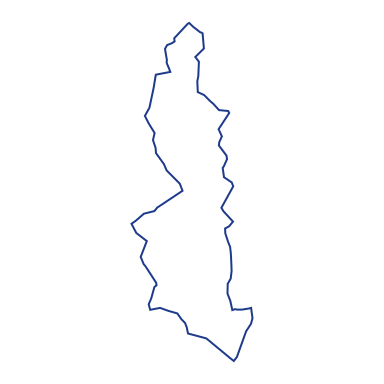 the district of Etinan, Akwa Ibom, Nigeria
{"feature_id": "59680162B79884468001879", "entity_name": "Etinan", "entity_type": "district", "adm_level": 2, "iso_a3": "NGA", "parent_name": "Nigeria", "parent_adm1": "Akwa Ibom", "projection": "albers", "projection_center": [7.841, 4.824], "detail": "fine", "context": "isolated", "style": "outline", "palette": "blue", "viewbox_px": 384, "rotation_deg": 0, "n_neighbors": 0, "source": "geoboundaries", "source_scale": "gbopen_adm2", "svg_char_len": 1385}
<svg xmlns="http://www.w3.org/2000/svg" viewBox="0 0 384 384"><path d="M233.8,361.0L236.9,357.0L246.1,331.3L251.0,323.8L252.5,318.3L251.1,307.9L248.9,308.5L242.0,309.6L237.4,309.6L234.8,309.2L232.3,310.1L230.3,300.8L227.5,293.6L227.7,283.8L230.7,278.6L231.6,271.0L231.2,260.1L230.8,253.0L230.1,246.9L228.1,241.9L225.3,233.3L225.1,228.5L229.1,226.3L233.0,221.6L223.5,211.3L221.4,207.8L233.2,186.4L231.8,182.5L224.0,177.2L222.7,167.9L223.9,166.2L227.0,159.2L226.5,155.6L218.9,145.5L219.3,142.0L221.9,136.4L218.6,129.2L229.2,113.0L228.2,111.0L219.0,110.1L213.5,104.0L210.0,101.0L204.2,95.1L197.8,92.1L197.3,81.3L198.3,76.2L198.9,61.7L195.3,57.0L203.9,48.5L202.6,33.4L201.8,32.7L200.2,32.3L193.2,26.8L189.2,23.0L187.8,23.7L174.2,38.3L174.6,41.4L171.9,43.2L167.1,45.1L165.0,48.9L166.4,57.3L166.9,59.9L166.6,62.3L167.1,64.0L168.8,67.9L170.3,71.9L155.8,74.7L153.6,88.1L149.4,107.8L144.9,115.9L148.7,123.4L154.6,133.0L153.0,140.1L155.6,148.0L156.0,153.1L163.9,164.1L166.7,170.5L179.8,183.7L182.5,190.8L157.2,207.6L154.4,211.1L143.9,213.7L135.6,220.9L131.5,223.8L136.1,232.6L136.2,232.9L146.8,241.1L140.7,256.9L143.7,264.2L145.3,266.0L156.2,282.8L156.5,285.3L154.4,287.0L151.2,298.5L148.7,304.3L150.2,309.8L160.1,307.9L168.2,310.8L177.3,313.4L181.5,319.3L185.1,323.0L186.1,325.8L186.7,327.1L188.0,333.5L206.3,338.4L230.0,358.0L233.8,361.0Z" fill="none" stroke="#1e3a8a" stroke-width="2"/></svg>